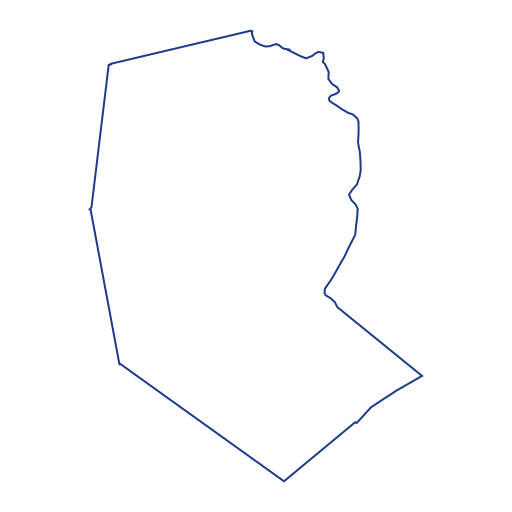 outline of Trou Cochon/Marc, Castries, Saint Lucia
{"feature_id": "8701671B11660104738059", "entity_name": "Trou Cochon/Marc", "entity_type": "district", "adm_level": 2, "iso_a3": "LCA", "parent_name": "Saint Lucia", "parent_adm1": "Castries", "projection": "albers", "projection_center": [-60.959, 13.942], "detail": "fine", "context": "isolated", "style": "outline", "palette": "blue", "viewbox_px": 512, "rotation_deg": 0, "n_neighbors": 0, "source": "geoboundaries", "source_scale": "gbopen_adm2", "svg_char_len": 1246}
<svg xmlns="http://www.w3.org/2000/svg" viewBox="0 0 512 512"><path d="M422.0,375.9L337.3,307.1L334.9,302.3L330.6,298.2L325.5,295.2L324.5,293.0L324.9,288.7L331.0,280.0L334.6,273.9L339.3,265.5L344.4,256.7L347.8,249.4L352.2,240.7L355.2,234.8L356.1,225.6L357.3,215.6L357.7,208.8L355.6,204.5L351.3,200.0L349.0,194.5L352.4,189.6L357.0,184.3L359.7,176.2L360.7,170.4L360.5,160.8L359.8,151.8L359.0,147.9L358.0,142.2L358.5,134.8L358.6,129.6L358.5,121.7L357.3,118.4L352.6,114.3L348.5,113.0L342.1,109.4L336.4,105.4L333.2,103.5L329.5,100.8L328.8,98.4L330.9,95.6L335.1,94.2L338.5,92.2L339.1,90.7L337.0,87.2L332.2,84.1L328.4,79.0L328.7,72.0L325.0,64.1L322.7,61.7L323.8,58.7L323.2,52.8L318.2,51.9L315.0,53.7L312.1,56.0L306.1,58.3L300.8,56.3L294.5,53.2L290.5,51.2L288.5,50.2L290.4,49.7L285.5,49.0L282.5,48.1L282.2,47.8L278.9,45.0L276.1,44.1L272.2,45.3L269.7,46.2L265.2,46.5L260.1,44.7L254.7,41.5L253.0,37.0L252.1,34.5L251.9,32.3L252.3,31.3L251.8,31.1L250.8,30.7L110.8,63.8L110.9,64.4L108.7,65.0L97.5,157.4L91.5,207.2L90.0,209.1L90.5,209.1L119.4,364.2L120.5,364.1L284.0,481.3L355.2,422.2L355.9,422.6L356.7,423.0L371.0,407.3L383.4,399.1L388.4,395.9L389.5,395.2L396.1,390.8L405.2,385.6L418.7,377.8L422.0,375.9Z" fill="none" stroke="#1e3a8a" stroke-width="2"/></svg>